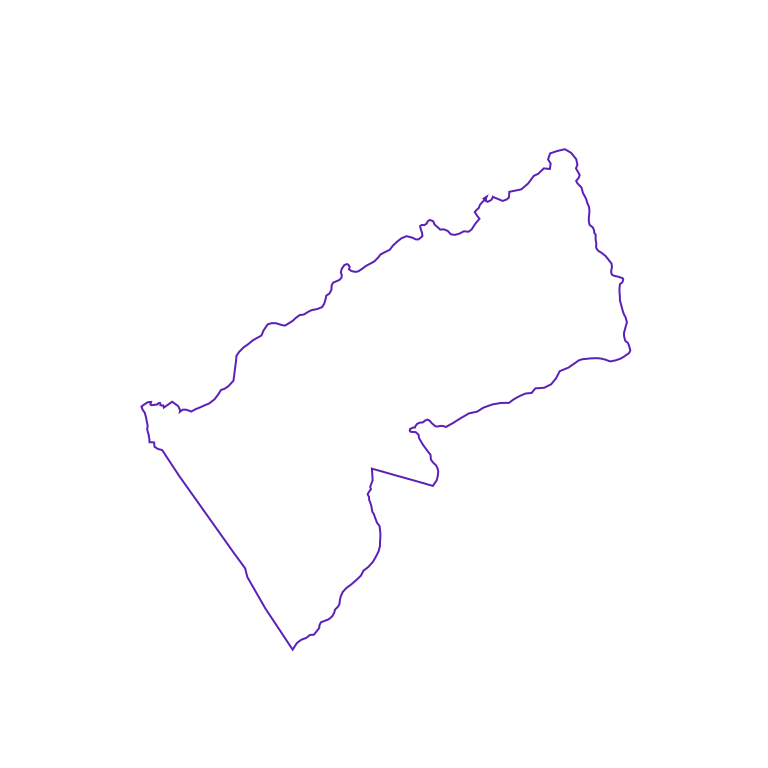 outline of Las Minas, Veracruz, Mexico, rotated 19°
{"feature_id": "50627088B75168752145477", "entity_name": "Las Minas", "entity_type": "district", "adm_level": 2, "iso_a3": "MEX", "parent_name": "Mexico", "parent_adm1": "Veracruz", "projection": "albers", "projection_center": [-97.147, 19.704], "detail": "fine", "context": "isolated", "style": "outline", "palette": "violet", "viewbox_px": 768, "rotation_deg": 19, "n_neighbors": 0, "source": "geoboundaries", "source_scale": "gbopen_adm2", "svg_char_len": 5541}
<svg xmlns="http://www.w3.org/2000/svg" viewBox="0 0 768 768"><g transform="rotate(19 384 384)"><path d="M178.1,508.7L179.2,511.1L180.2,512.6L180.6,513.9L181.3,515.3L181.4,515.2L183.5,514.7L185.6,514.1L187.5,518.1L191.3,519.0L195.8,518.7L203.0,524.3L220.4,537.7L296.3,592.1L311.3,602.5L312.8,603.6L317.6,611.0L344.7,634.7L384.1,664.9L386.0,657.2L388.9,652.9L393.0,649.5L395.8,645.3L399.3,643.9L400.8,639.8L402.2,635.6L401.5,633.5L401.9,629.9L405.2,627.1L406.4,626.1L408.3,624.5L410.6,620.6L411.4,616.7L411.2,614.5L411.1,613.4L412.4,610.7L413.1,609.3L413.5,606.4L412.6,602.5L412.3,598.8L412.7,594.0L414.7,589.4L416.4,586.9L418.1,584.5L421.4,578.8L423.7,574.4L424.6,572.6L425.4,567.1L427.9,563.4L428.8,561.9L431.3,556.1L431.9,553.4L432.6,549.5L433.4,543.7L433.1,540.4L432.9,538.3L431.6,534.5L430.8,531.4L430.2,529.3L429.3,526.6L427.8,523.5L426.1,519.8L422.6,517.5L419.5,513.8L416.7,510.2L414.6,508.7L411.7,503.4L409.3,500.2L407.8,498.6L406.5,495.5L404.5,493.8L404.7,491.4L405.9,487.8L405.3,487.0L404.4,485.7L404.5,482.9L404.5,482.2L404.6,478.8L404.2,477.8L402.6,473.8L400.1,468.0L413.3,467.2L424.9,466.6L432.8,466.1L444.9,465.4L452.8,465.0L460.7,464.6L463.4,464.4L465.2,457.8L464.9,454.8L464.7,452.9L463.7,448.9L462.1,446.4L459.8,444.0L456.2,442.4L453.0,440.3L451.0,435.7L448.2,434.0L440.9,429.0L434.7,423.7L433.1,420.6L429.7,419.2L427.6,419.8L424.6,420.5L423.5,419.6L423.3,418.0L424.1,417.3L424.5,416.9L425.8,415.6L427.4,415.1L427.5,413.2L427.8,412.5L428.2,411.1L429.8,409.4L431.5,408.3L432.5,408.1L433.4,407.4L433.9,406.7L434.4,405.5L435.8,404.3L436.7,403.5L439.3,403.9L441.9,405.5L445.4,406.9L446.7,407.2L448.6,406.7L451.1,405.2L453.5,404.5L456.2,404.5L456.5,404.5L461.7,398.7L462.6,397.7L463.0,397.1L466.0,393.4L466.3,393.1L468.2,390.7L468.9,389.9L472.9,385.3L473.9,384.1L478.9,381.1L481.1,379.8L483.6,376.6L485.8,373.9L492.5,368.5L493.1,368.1L495.3,366.8L497.4,365.7L500.3,364.1L500.9,363.8L504.7,362.4L508.3,361.2L508.5,360.9L511.4,356.6L512.5,355.3L514.2,353.4L516.2,351.2L516.7,350.8L517.1,350.4L520.7,347.1L520.8,347.0L526.5,344.4L527.1,342.6L528.1,340.0L528.6,338.8L529.4,338.4L531.8,337.5L535.7,335.8L536.6,335.5L541.1,330.9L542.1,329.9L544.8,322.7L544.9,322.0L546.0,314.6L553.1,308.4L553.5,307.8L557.0,303.1L559.9,299.1L560.8,297.9L564.0,295.7L565.7,295.0L571.3,292.4L574.7,291.1L576.4,290.4L579.6,289.6L581.0,289.3L585.3,288.9L588.8,289.0L590.5,289.0L595.2,286.3L599.3,283.1L602.2,279.8L602.9,278.7L605.6,275.1L606.0,272.2L603.4,268.2L601.3,265.8L599.4,265.1L598.1,264.6L597.4,263.7L595.3,260.4L594.3,257.7L593.9,252.4L593.6,246.6L592.6,245.1L591.0,242.6L587.9,239.7L585.7,236.8L583.4,233.4L583.0,232.8L582.9,232.6L581.1,230.0L580.0,228.3L578.4,224.2L578.0,223.3L577.3,221.6L576.2,219.1L575.8,217.8L575.2,215.6L574.6,212.7L575.7,211.3L576.3,209.8L576.1,207.2L575.3,206.3L573.3,206.3L570.2,206.3L566.5,206.8L563.9,206.4L562.4,204.5L561.7,201.6L561.5,199.2L559.9,196.0L556.9,194.1L551.8,190.8L546.2,188.9L543.7,188.5L542.1,187.6L540.7,186.6L539.9,185.3L539.1,182.2L536.9,178.2L535.5,173.9L533.6,172.6L532.6,170.3L530.5,168.0L526.6,166.6L524.8,163.7L523.5,160.1L523.0,157.6L521.8,153.1L519.9,149.4L517.9,147.4L514.6,142.9L509.9,138.6L506.8,134.0L501.6,131.3L499.6,129.5L501.0,125.7L501.0,122.7L495.3,117.6L495.5,113.7L492.5,108.8L485.6,104.5L478.6,103.1L475.9,104.8L471.5,107.6L466.0,111.9L466.0,118.3L469.8,121.3L470.8,126.7L464.9,128.1L461.4,135.0L457.9,138.4L454.9,147.7L450.4,155.3L445.0,158.5L439.9,161.5L440.5,163.7L441.4,167.1L440.0,169.5L436.6,172.3L425.9,171.6L426.0,173.1L425.5,175.1L422.7,178.0L420.9,177.8L420.0,175.4L420.1,173.4L417.8,176.3L419.0,177.5L417.5,180.6L416.4,183.4L416.3,186.8L414.8,189.3L413.8,191.9L417.6,194.8L420.5,196.7L418.4,202.1L417.4,205.6L416.6,209.2L414.4,212.5L409.8,213.6L406.4,217.2L402.5,219.9L398.6,220.7L394.3,218.5L390.2,218.3L386.9,219.7L383.5,218.2L380.0,216.8L377.5,214.1L373.8,214.0L372.5,215.7L372.0,218.6L370.5,220.6L367.9,221.3L366.7,223.0L368.7,226.1L370.8,228.7L372.2,231.8L369.6,236.0L367.0,236.9L363.3,236.4L359.5,236.7L357.1,236.9L353.0,240.6L350.1,245.1L347.3,250.4L345.8,255.1L341.2,259.8L338.4,262.8L337.6,265.7L334.9,271.3L333.1,273.3L331.7,274.8L328.5,278.2L325.6,282.5L323.1,285.8L320.4,287.3L316.6,287.8L313.5,286.9L313.4,284.4L311.9,283.1L310.1,282.6L307.8,284.4L306.6,288.6L306.8,292.5L308.6,294.7L309.2,297.4L308.0,300.1L305.5,302.4L302.8,304.9L302.4,308.1L303.2,310.5L303.6,312.5L302.8,316.6L300.7,319.1L301.2,323.6L301.3,327.9L300.4,331.5L296.3,335.0L291.5,337.7L288.5,340.8L285.6,344.4L281.8,346.3L278.7,350.8L277.3,353.8L274.3,357.5L271.5,360.9L269.0,361.5L265.7,361.6L261.9,361.7L257.5,363.3L255.9,364.6L254.6,365.5L253.4,369.9L252.7,372.6L252.6,373.3L252.5,375.9L252.3,378.0L251.5,379.0L247.8,383.1L245.9,385.3L244.3,387.8L243.4,389.2L243.1,389.8L241.9,391.6L241.5,392.1L239.2,395.3L236.5,401.0L235.3,405.5L235.7,406.9L236.4,409.6L236.7,410.9L237.9,416.9L239.7,425.5L240.6,429.9L237.6,436.7L234.9,440.3L231.8,442.8L230.6,448.0L228.7,453.7L224.9,459.5L221.6,462.3L217.7,466.0L214.0,469.2L210.7,472.8L208.0,472.7L205.1,472.7L202.1,473.8L200.1,476.7L199.9,475.2L198.9,474.3L196.6,471.9L194.9,471.4L191.7,470.4L190.7,470.1L189.5,469.7L188.1,471.6L185.6,475.1L183.5,478.0L182.2,476.1L181.6,476.4L180.9,476.7L179.5,476.8L179.1,475.7L178.3,474.8L177.1,475.5L176.0,477.2L176.1,477.3L174.0,478.3L170.9,479.8L169.8,479.4L169.6,476.8L166.5,478.2L165.4,479.6L163.5,482.1L162.1,484.1L162.0,484.4L163.9,486.6L164.8,487.4L167.2,489.1L168.8,491.5L169.4,492.3L174.2,500.6L174.7,503.5L174.8,503.7L176.1,506.0L178.1,508.7Z" fill="none" stroke="#5b21b6" stroke-width="2"/></g></svg>